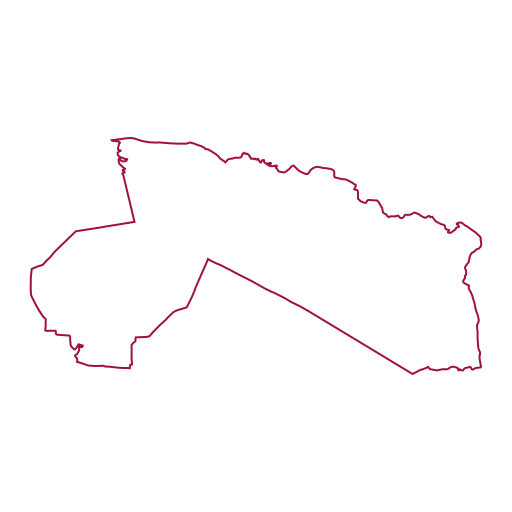 outline of Aek Phnum, Batdâmbâng, Cambodia
{"feature_id": "14789045B18738075075755", "entity_name": "Aek Phnum", "entity_type": "district", "adm_level": 2, "iso_a3": "KHM", "parent_name": "Cambodia", "parent_adm1": "Batdâmbâng", "projection": "mercator", "projection_center": [103.494, 13.247], "detail": "fine", "context": "isolated", "style": "outline", "palette": "rose", "viewbox_px": 512, "rotation_deg": 0, "n_neighbors": 0, "source": "geoboundaries", "source_scale": "gbopen_adm2", "svg_char_len": 6071}
<svg xmlns="http://www.w3.org/2000/svg" viewBox="0 0 512 512"><path d="M111.8,140.2L112.2,140.8L118.3,141.4L119.4,142.0L119.9,142.6L119.6,143.2L119.0,143.6L118.4,146.7L118.0,148.1L118.0,148.7L118.1,149.5L118.8,150.0L120.5,150.5L120.5,151.0L118.7,151.6L117.6,152.9L117.9,155.2L118.7,156.1L120.9,157.4L122.3,157.8L125.0,159.0L126.5,159.0L127.1,159.2L126.6,160.4L125.8,161.1L124.2,161.4L122.6,161.4L121.3,160.8L120.6,160.2L119.7,158.4L119.2,158.4L118.6,159.5L118.6,160.8L118.9,161.7L118.9,162.7L119.8,164.3L122.6,166.9L125.0,168.7L124.7,169.5L122.9,169.8L122.8,170.8L123.1,171.2L124.7,172.2L124.6,172.6L123.2,172.9L122.4,173.5L122.6,174.4L123.3,175.0L134.5,221.9L103.4,226.9L102.8,227.1L75.8,231.3L54.8,251.6L50.2,257.2L46.4,260.8L42.7,264.9L37.2,266.6L31.7,269.0L30.8,277.5L30.7,288.7L31.0,294.9L32.5,298.3L36.6,306.2L39.0,310.3L42.6,315.9L44.1,317.7L45.5,318.7L45.8,320.0L45.6,322.7L45.7,326.3L45.2,330.4L46.7,330.9L50.7,330.7L53.6,330.8L55.5,330.7L55.8,331.8L55.9,333.9L57.1,334.7L69.5,335.6L70.1,336.7L70.1,339.1L70.7,345.5L71.5,346.8L72.8,347.9L74.0,349.4L75.0,349.4L76.5,347.7L78.6,344.3L82.7,345.6L82.4,346.7L81.5,347.3L79.5,346.4L78.7,346.7L79.1,348.0L79.2,350.4L77.0,354.2L75.5,355.0L75.0,355.7L75.5,356.7L76.6,357.7L77.2,359.4L77.2,360.8L77.0,361.9L81.8,363.2L88.1,365.5L89.2,365.6L94.6,366.0L103.6,365.8L105.0,366.5L108.3,366.6L117.4,367.6L123.1,368.0L128.2,368.0L129.8,368.3L130.0,366.0L130.3,364.7L132.0,364.5L131.6,357.8L131.6,344.8L133.4,342.8L135.4,341.3L135.5,338.3L135.8,337.4L146.7,336.9L149.4,336.3L153.2,331.9L160.5,324.5L163.3,322.1L165.8,319.7L168.1,317.2L172.9,312.6L175.3,311.0L178.9,309.7L186.2,307.6L187.0,306.9L191.5,297.8L194.3,291.3L195.5,287.8L197.2,283.8L206.7,262.3L208.0,259.0L209.7,260.1L215.7,263.1L219.2,264.5L222.9,266.2L225.4,267.7L229.6,269.7L236.7,273.5L252.1,281.3L264.3,288.2L271.2,291.6L274.2,292.8L278.2,294.8L285.4,298.5L290.7,301.8L299.3,305.9L308.6,311.2L412.6,374.0L420.6,369.8L422.7,369.4L424.3,368.6L424.9,368.5L426.5,367.8L427.9,366.8L428.4,367.1L428.7,367.7L429.8,369.1L436.9,370.4L439.4,369.8L443.9,369.1L446.2,369.4L447.4,369.1L448.5,368.6L449.6,367.8L450.8,367.2L451.8,366.8L453.1,366.6L457.3,367.8L457.7,368.1L458.0,369.5L458.6,370.4L459.5,369.9L460.0,369.3L461.0,370.1L462.3,370.5L463.0,370.4L464.1,368.9L465.1,368.1L470.3,366.9L470.9,367.7L471.6,369.0L472.3,369.5L472.8,369.6L473.5,369.3L474.8,368.4L476.2,367.9L480.7,367.4L481.1,366.7L480.5,364.6L480.5,363.3L480.1,361.9L479.8,359.6L479.4,357.8L479.7,356.1L479.5,355.2L480.1,354.2L480.0,352.2L478.7,349.4L478.3,347.8L477.6,339.4L477.6,332.5L477.1,328.0L477.1,326.5L477.1,324.7L478.4,322.3L478.7,320.7L478.7,319.6L478.3,317.7L477.6,314.7L476.2,311.1L474.9,305.6L474.7,303.9L472.1,295.3L470.5,291.6L468.7,288.6L468.7,287.4L469.1,286.3L469.0,285.7L468.0,284.9L467.0,284.7L466.1,284.0L464.7,283.4L463.4,282.3L463.2,281.5L463.4,280.4L465.1,277.9L464.8,277.1L465.0,275.9L465.9,275.0L466.0,274.5L466.2,271.3L466.0,270.3L465.3,269.1L465.0,267.9L465.4,266.5L466.8,264.4L468.5,262.4L468.8,261.4L468.8,260.4L469.3,259.7L469.4,259.1L469.4,257.9L470.3,255.3L471.4,253.5L472.0,252.8L473.7,252.0L476.0,249.7L476.9,249.2L478.6,248.7L480.6,246.7L481.3,244.7L480.6,238.9L480.9,238.0L479.7,236.3L475.5,232.4L466.5,226.1L465.5,225.7L461.9,222.9L461.2,222.6L460.6,222.5L457.6,223.0L457.1,223.4L456.7,223.8L456.8,224.3L458.3,225.1L458.7,225.8L458.9,226.8L458.5,227.1L456.9,227.4L456.2,227.7L455.9,228.6L454.4,230.3L453.4,230.8L451.0,232.7L449.8,232.8L448.4,232.6L448.0,232.3L448.0,231.8L448.5,231.4L449.0,230.1L448.1,229.7L446.1,229.3L445.7,229.0L445.5,228.6L444.8,225.9L444.0,224.9L441.2,224.2L437.3,222.2L435.4,221.0L432.2,216.7L430.4,217.2L429.6,216.2L428.9,215.9L428.3,216.1L426.0,217.6L425.0,217.8L422.9,216.9L420.6,215.6L418.7,214.1L418.1,214.0L415.2,212.7L414.2,212.6L410.5,214.6L407.7,214.9L405.5,214.8L404.8,215.0L403.9,216.7L403.1,217.5L402.6,217.8L401.4,218.1L400.9,218.1L400.2,217.8L399.7,217.4L399.1,216.5L397.9,215.5L396.5,216.2L396.0,216.3L395.5,216.1L395.2,216.4L390.8,216.3L389.6,216.7L389.2,217.1L387.9,216.6L387.5,216.3L386.2,214.5L385.7,214.1L384.7,213.8L383.3,212.8L382.8,211.6L382.1,207.8L381.3,206.8L379.7,203.8L378.5,201.9L377.1,200.5L369.9,200.1L369.1,199.9L368.0,200.1L367.2,200.7L366.4,202.1L366.3,202.6L365.6,202.8L363.4,202.6L361.7,201.5L360.6,201.4L359.4,199.9L358.4,199.2L358.0,198.6L358.0,192.6L357.8,191.0L357.0,190.0L354.9,189.6L354.2,189.3L355.7,186.4L355.9,185.2L351.4,182.2L346.0,179.5L341.4,179.0L335.7,177.6L334.6,177.1L334.2,175.7L334.3,172.3L334.2,171.8L333.7,170.7L332.7,169.8L330.9,169.0L326.2,168.2L323.8,168.1L317.6,166.8L316.0,167.0L313.5,167.9L312.0,168.8L311.5,169.5L310.7,169.8L309.7,171.6L308.4,173.3L307.5,174.0L306.6,174.1L305.3,173.8L300.6,171.8L298.3,170.1L294.1,166.1L293.5,165.7L292.8,165.7L292.2,166.0L291.4,166.5L289.3,169.0L285.0,172.2L284.0,172.4L282.1,172.2L279.3,171.6L278.6,171.2L278.2,170.7L276.9,168.6L276.0,167.9L275.8,167.4L276.9,166.1L276.7,165.6L275.0,165.7L272.4,166.2L270.6,166.1L269.0,165.7L268.9,164.9L269.2,164.5L270.7,163.9L271.0,163.5L270.8,163.0L270.2,162.9L268.6,163.2L268.0,163.5L267.2,164.6L266.5,164.2L266.2,163.5L264.9,162.8L264.0,161.7L264.1,160.8L263.9,160.1L263.4,160.0L261.9,160.4L261.6,161.5L261.0,162.3L260.4,162.5L258.6,160.0L258.1,159.7L258.2,159.0L257.6,158.9L257.2,159.5L256.7,159.7L256.2,159.6L255.2,158.7L254.7,158.6L254.0,159.1L253.6,158.7L252.3,158.8L251.8,158.5L251.0,158.7L250.4,157.3L249.8,156.9L249.9,156.3L248.7,155.0L248.6,154.6L247.3,153.8L246.8,153.9L246.4,153.6L246.0,153.8L245.6,153.5L244.9,153.7L243.9,152.9L243.6,153.4L242.7,153.6L241.5,156.7L240.4,157.5L238.3,157.8L236.0,157.6L233.9,158.0L233.1,158.5L229.5,158.9L227.7,159.6L226.3,161.4L225.3,162.4L223.8,161.0L220.2,158.6L219.4,157.8L218.8,156.7L215.8,154.1L209.4,150.1L208.1,149.4L205.7,149.1L205.1,148.8L204.4,147.8L201.4,146.2L196.9,144.7L194.8,143.8L190.2,142.5L186.0,143.7L179.6,143.7L171.3,143.4L159.8,142.5L159.0,142.3L158.4,142.5L155.6,142.6L149.7,142.3L143.7,141.4L137.2,139.5L134.5,138.5L130.9,138.0L125.4,138.4L120.8,139.1L116.6,139.5L115.8,139.8L111.8,140.2Z" fill="none" stroke="#9f1239" stroke-width="2"/></svg>